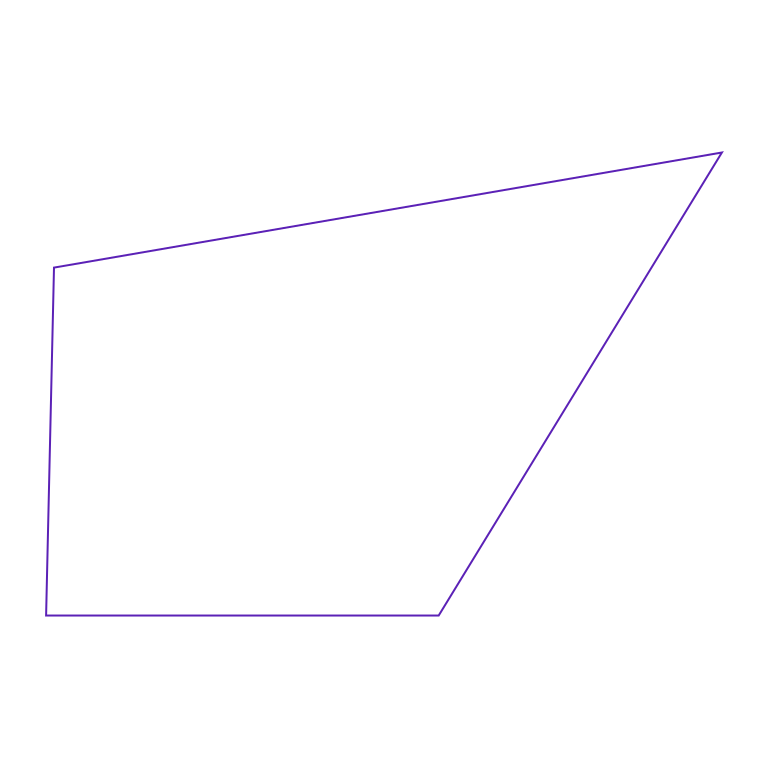 the District of Island Harbour
{"feature_id": "AIA-5117", "entity_name": "Island Harbour", "entity_type": "District", "adm_level": 1, "iso_a3": "AIA", "parent_name": "Anguilla", "parent_adm1": "", "projection": "natural_earth1", "projection_center": [-63.003, 18.271], "detail": "fine", "context": "isolated", "style": "outline", "palette": "violet", "viewbox_px": 768, "rotation_deg": 0, "n_neighbors": 0, "source": "natural_earth", "source_scale": "10m", "svg_char_len": 184}
<svg xmlns="http://www.w3.org/2000/svg" viewBox="0 0 768 768"><path d="M54.0,267.6L721.9,152.5L438.7,615.5L46.1,615.5L54.0,267.6Z" fill="none" stroke="#5b21b6" stroke-width="2"/></svg>